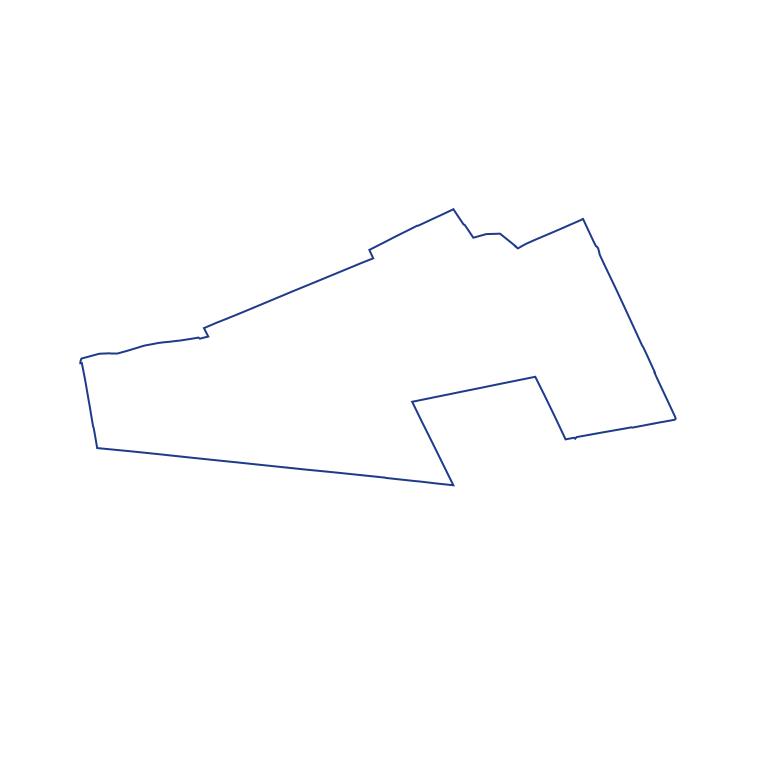 the district of Tufesti, Braila, Romania, rotated 229°
{"feature_id": "2599482B7504990090207", "entity_name": "Tufesti", "entity_type": "district", "adm_level": 2, "iso_a3": "ROU", "parent_name": "Romania", "parent_adm1": "Braila", "projection": "natural_earth1", "projection_center": [27.783, 44.998], "detail": "fine", "context": "isolated", "style": "outline", "palette": "blue", "viewbox_px": 768, "rotation_deg": 229, "n_neighbors": 0, "source": "geoboundaries", "source_scale": "gbopen_adm2", "svg_char_len": 2122}
<svg xmlns="http://www.w3.org/2000/svg" viewBox="0 0 768 768"><g transform="rotate(229 384 384)"><path d="M166.9,579.1L166.6,579.4L166.4,579.7L166.3,580.4L166.4,581.1L166.7,581.5L167.5,581.9L169.4,582.5L171.9,583.2L191.1,588.7L198.9,590.9L207.0,593.2L215.1,595.6L215.0,596.0L232.5,601.2L241.6,603.8L243.9,604.1L258.2,608.3L280.1,614.7L301.3,620.8L305.2,621.9L329.9,628.7L339.9,631.6L340.8,632.0L342.3,632.9L345.7,634.5L346.6,634.7L347.6,634.8L348.9,634.4L354.2,635.7L378.0,642.5L378.4,641.5L378.3,641.1L383.4,624.7L387.9,610.5L389.2,606.5L393.3,593.9L394.5,590.1L396.5,583.4L397.2,580.5L398.5,574.0L401.8,573.4L401.8,573.7L421.3,570.2L430.0,559.6L435.8,547.4L451.0,549.3L451.5,549.1L452.1,548.7L470.4,551.0L470.4,550.8L481.1,513.5L481.7,512.9L488.1,488.0L490.4,478.5L494.8,460.9L485.9,458.3L486.8,455.7L487.5,454.0L488.7,450.4L490.4,445.6L501.0,414.0L508.9,390.5L513.9,375.8L531.1,323.8L535.6,310.6L540.2,297.5L541.2,294.4L544.3,284.8L543.8,284.7L542.0,284.2L538.0,283.2L535.1,282.5L537.3,278.2L539.0,274.8L540.8,274.4L540.9,274.2L544.1,268.9L550.7,258.4L552.7,255.6L556.4,250.1L560.4,244.5L562.6,241.2L562.9,240.8L564.3,238.4L566.7,234.2L568.6,231.1L569.5,229.5L570.2,228.3L570.4,227.8L570.8,227.0L571.7,225.0L574.2,219.3L574.6,218.5L575.5,216.4L576.9,213.3L578.0,210.9L578.2,210.5L581.9,202.8L585.7,198.4L587.3,196.9L593.6,189.0L594.1,188.0L601.7,172.3L600.7,170.5L600.1,169.7L599.1,168.5L598.9,168.4L598.1,169.7L584.0,161.6L577.5,157.7L565.3,150.3L561.1,147.8L543.0,136.7L541.2,136.0L537.3,133.7L530.7,129.7L523.8,125.5L523.5,125.8L498.0,150.0L485.3,161.9L453.9,191.1L433.9,209.8L420.9,222.0L409.2,232.9L403.3,238.4L373.4,266.3L350.7,287.8L312.5,323.5L312.1,323.6L300.0,334.8L288.5,345.5L288.3,345.8L273.9,358.9L262.1,369.9L307.6,381.9L308.4,382.1L330.9,387.9L352.1,393.6L340.5,414.1L335.0,423.8L334.8,424.1L326.6,438.7L318.5,452.9L309.5,468.9L301.1,483.7L290.2,502.9L267.5,497.0L245.0,490.9L223.1,484.7L218.8,492.1L217.3,492.4L217.6,494.5L203.4,518.3L190.7,539.4L189.1,542.2L188.4,542.6L188.1,542.9L184.2,549.6L174.1,566.9L171.5,571.2L168.1,576.9L166.9,579.1Z" fill="none" stroke="#1e3a8a" stroke-width="2"/></g></svg>